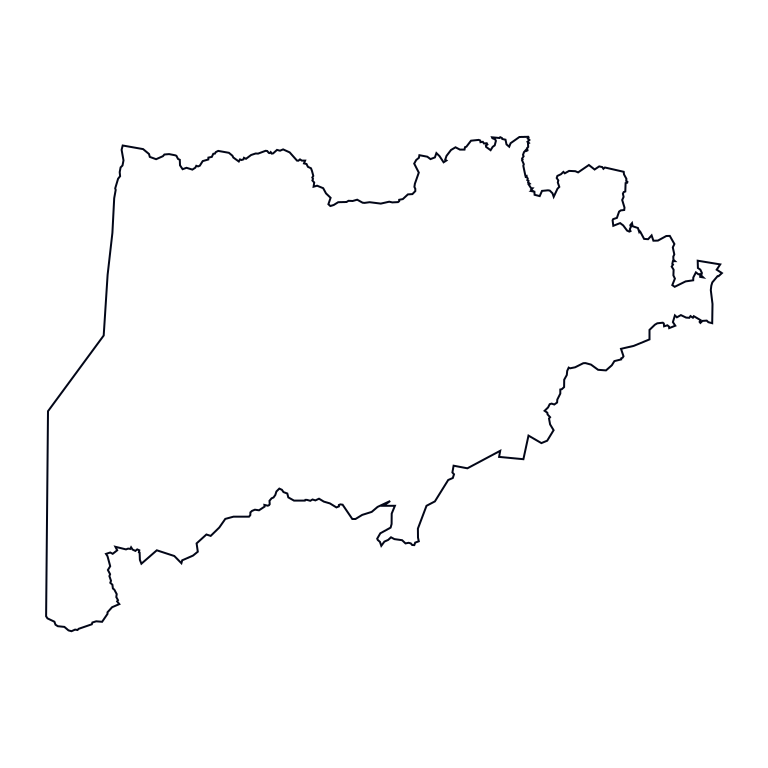 outline of Jiménez del Teul, Zacatecas, Mexico
{"feature_id": "50627088B83504179997220", "entity_name": "Jiménez del Teul", "entity_type": "district", "adm_level": 2, "iso_a3": "MEX", "parent_name": "Mexico", "parent_adm1": "Zacatecas", "projection": "mercator", "projection_center": [-103.888, 23.148], "detail": "fine", "context": "isolated", "style": "outline", "palette": "ink", "viewbox_px": 768, "rotation_deg": 0, "n_neighbors": 0, "source": "geoboundaries", "source_scale": "gbopen_adm2", "svg_char_len": 6111}
<svg xmlns="http://www.w3.org/2000/svg" viewBox="0 0 768 768"><path d="M48.0,411.2L46.1,616.3L47.5,618.4L54.4,621.7L55.5,624.7L57.8,626.2L64.4,626.9L68.5,630.4L71.5,631.2L75.1,629.6L77.5,630.0L78.7,628.8L91.8,624.3L92.4,622.5L96.2,621.3L102.1,621.8L107.5,613.9L107.5,612.3L112.1,607.2L119.3,604.1L117.1,601.4L118.0,600.2L116.3,597.1L116.7,594.1L114.3,589.6L112.9,588.5L112.4,584.7L110.3,582.8L111.0,580.8L109.4,576.1L110.1,574.2L107.9,570.0L110.2,566.2L107.5,556.2L106.0,553.9L110.2,552.5L112.7,553.8L117.2,550.3L115.4,546.8L126.0,549.4L128.1,548.6L130.3,548.9L131.1,547.3L132.6,549.6L135.4,550.9L137.2,549.4L139.3,550.3L138.9,552.3L139.6,552.6L139.9,559.9L141.4,563.7L156.8,550.3L174.3,556.0L181.4,563.2L182.2,560.3L193.0,555.6L197.8,551.7L196.6,543.4L206.4,534.5L210.7,535.9L219.3,527.5L225.3,518.9L233.4,516.7L249.0,516.7L250.3,515.1L250.4,512.4L252.0,510.9L254.9,509.7L259.0,510.3L264.6,506.6L264.4,504.9L267.8,505.7L269.0,505.2L269.7,504.2L269.5,500.8L271.6,498.3L273.5,497.5L275.3,495.0L276.4,491.5L279.3,488.6L281.9,489.8L283.5,492.1L287.3,493.5L288.3,497.4L294.0,500.6L304.9,500.6L305.3,499.9L307.0,499.9L310.3,500.8L312.5,499.5L315.4,500.4L319.0,498.7L323.8,501.6L329.9,503.4L336.4,507.4L338.9,506.4L338.9,505.0L340.3,504.4L342.6,504.7L352.3,519.0L355.5,519.0L362.2,514.9L371.7,511.9L377.6,506.9L390.2,501.0L383.5,505.8L394.9,505.8L391.7,513.6L391.6,524.0L390.6,527.6L380.3,533.3L377.2,538.7L377.8,540.0L379.9,541.8L381.3,545.8L384.4,541.6L388.2,539.9L391.0,537.3L394.4,539.1L402.1,540.2L405.5,543.4L408.6,542.8L410.8,543.4L412.2,545.0L414.3,545.1L415.2,542.6L418.8,541.3L418.0,537.6L417.9,528.6L426.5,505.8L434.9,501.4L448.2,480.0L452.8,478.0L454.0,474.3L452.4,472.5L453.6,465.7L467.4,468.3L500.2,450.8L499.1,456.9L523.4,459.2L528.5,435.6L541.4,443.1L547.2,440.7L553.6,430.2L550.1,424.4L549.0,418.5L550.1,417.2L547.6,414.5L547.3,412.7L544.6,410.8L548.1,407.4L549.7,404.2L551.6,403.6L554.3,404.5L557.1,402.5L557.3,399.6L560.3,393.6L560.3,389.5L561.8,389.2L564.1,387.1L564.2,379.7L566.8,375.0L567.2,370.9L568.7,367.6L570.1,368.3L575.1,367.3L583.3,363.2L585.5,363.1L591.0,364.6L598.1,369.8L606.0,370.4L611.8,365.3L614.4,361.1L621.2,359.4L621.2,358.4L622.6,357.7L623.5,356.3L621.0,348.8L633.7,345.9L649.5,339.4L649.5,329.9L654.9,324.7L657.3,323.3L662.8,322.7L663.8,323.5L664.1,326.3L667.4,325.3L669.0,326.6L669.2,328.1L675.3,325.7L672.9,322.1L674.9,315.4L676.9,317.3L680.9,315.1L686.1,317.6L689.3,317.8L690.5,316.1L692.9,317.7L693.8,316.2L700.5,320.1L699.6,321.9L700.4,322.9L702.5,320.9L706.7,320.6L708.4,322.2L712.2,323.2L712.5,304.0L710.8,290.1L711.3,285.7L712.3,282.4L717.6,276.1L718.5,276.2L721.9,273.1L716.7,269.7L720.2,264.4L697.7,260.7L697.9,268.0L700.3,269.6L701.9,273.0L701.2,275.5L703.2,277.4L700.2,276.9L700.2,274.1L698.4,274.3L695.9,272.4L693.3,277.5L693.2,280.3L685.6,281.4L674.7,286.8L672.3,285.1L674.9,278.6L673.4,275.4L673.6,269.7L671.7,266.6L673.0,264.6L672.3,263.9L672.9,261.1L674.9,261.1L673.4,259.7L673.3,256.6L674.3,254.4L672.8,247.4L674.4,244.0L669.8,235.9L666.3,236.0L657.9,240.6L653.4,240.7L651.6,235.4L648.1,239.2L644.1,238.9L640.3,231.8L639.7,231.1L639.2,231.9L637.9,228.0L632.6,226.2L632.0,223.1L630.3,225.2L630.9,226.9L629.8,229.2L630.5,231.1L629.3,231.6L627.1,230.6L623.2,225.4L620.1,223.1L613.3,225.8L612.6,220.3L613.2,219.1L616.9,217.9L619.1,211.6L620.8,210.4L624.2,210.0L624.5,207.6L622.2,200.0L623.6,196.9L622.9,193.7L623.7,192.1L625.3,191.5L625.6,183.1L627.2,182.7L627.4,181.8L626.2,180.9L626.4,178.8L624.0,174.4L623.7,171.8L604.9,167.5L603.4,168.8L602.3,167.1L599.2,166.4L594.6,169.5L588.9,165.0L578.1,172.4L575.3,171.2L569.1,170.9L564.8,173.3L563.4,171.9L561.0,174.2L557.4,175.9L556.7,178.0L558.3,180.4L557.8,182.5L559.3,186.9L557.5,188.7L553.7,196.8L552.5,193.3L549.8,190.6L548.0,190.3L542.0,190.9L539.7,196.1L534.6,194.8L534.4,191.7L531.4,191.1L532.3,190.6L531.1,189.9L532.5,188.3L531.1,188.2L528.5,184.2L529.7,183.7L528.1,182.3L528.5,180.9L527.3,180.1L527.8,178.8L527.0,177.2L526.0,177.1L526.4,175.8L525.4,175.8L523.3,165.8L523.8,164.2L522.0,160.1L522.6,159.5L522.1,158.5L523.6,156.3L523.0,154.9L524.0,152.1L525.8,150.1L526.2,151.0L527.5,150.4L527.1,148.1L528.2,146.9L528.0,143.5L528.9,143.0L527.5,141.8L529.4,140.0L527.8,138.6L528.6,137.7L528.3,136.8L519.4,137.0L510.6,143.2L509.2,146.7L506.5,144.4L505.5,139.7L502.3,139.0L501.9,138.0L500.2,137.2L499.5,138.0L492.0,137.3L492.4,138.2L495.1,139.3L495.9,140.9L494.7,145.4L492.7,146.8L490.6,150.2L486.1,146.9L485.9,145.5L487.4,144.5L486.7,143.2L484.0,143.5L482.8,141.8L480.5,142.2L480.2,140.5L478.7,139.9L471.0,140.7L466.4,146.7L465.0,147.2L464.5,149.6L459.9,149.6L455.5,147.3L451.0,150.0L446.5,155.9L445.2,159.7L446.4,160.5L443.6,162.3L439.5,156.1L436.4,153.1L434.9,157.4L430.5,159.1L427.3,156.7L419.4,155.2L418.9,157.8L416.2,160.0L414.2,163.6L418.8,172.6L414.9,183.7L414.4,186.9L415.3,188.8L415.3,191.1L412.4,194.1L407.9,194.4L402.8,199.1L399.2,199.8L399.2,201.2L398.0,202.1L392.3,202.4L389.2,201.7L380.8,203.6L369.6,202.2L364.5,202.9L362.6,202.7L357.2,199.7L352.6,201.0L348.5,200.8L346.5,202.0L338.2,202.2L333.7,205.0L330.3,206.0L328.4,204.2L330.6,197.8L326.0,193.4L323.2,188.2L317.1,185.7L313.6,186.7L314.2,182.5L312.4,180.5L313.0,178.8L312.3,177.5L313.3,175.9L312.0,171.0L311.0,168.3L307.9,166.8L306.5,164.0L304.0,163.4L305.1,160.6L301.8,160.6L300.0,159.4L298.4,160.7L297.0,160.6L289.7,152.4L283.1,149.4L280.0,150.7L277.0,149.9L273.1,153.4L271.8,153.6L270.7,152.1L269.8,153.1L268.8,152.9L267.2,151.0L265.6,150.8L258.1,153.6L255.6,153.5L251.1,155.0L246.0,158.8L244.0,157.8L243.4,159.4L241.5,160.0L240.0,159.4L238.8,161.5L233.3,157.5L232.4,155.7L228.9,152.8L218.2,150.9L215.8,152.1L214.9,153.6L213.3,153.8L211.8,156.9L208.4,157.6L208.3,159.5L202.7,161.1L199.8,165.7L198.1,166.4L196.3,165.8L195.3,167.7L192.4,169.6L186.5,167.8L182.6,169.2L180.0,165.3L179.8,159.8L178.0,158.9L176.4,155.8L175.2,155.3L169.1,154.1L164.4,154.5L162.9,156.2L156.1,159.2L149.8,156.9L149.0,154.0L143.1,149.1L122.7,145.5L121.6,149.8L123.5,160.4L122.5,165.5L120.6,167.4L119.7,172.1L120.1,176.2L118.1,178.7L115.2,188.4L115.7,189.9L114.2,198.2L112.4,232.9L107.6,274.9L103.7,335.5L48.0,411.2Z" fill="none" stroke="#020617" stroke-width="2"/></svg>